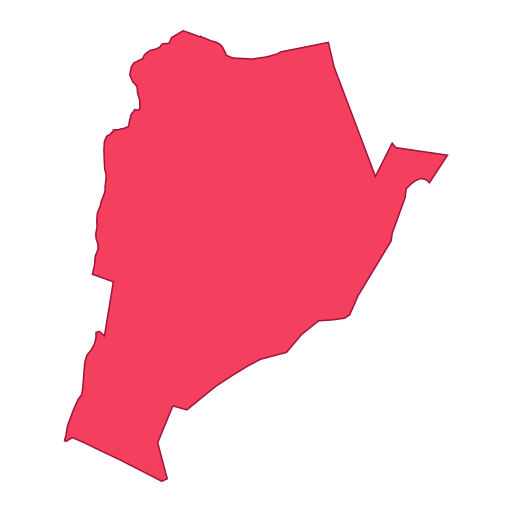 outline of Santa Catarina Quiané, Oaxaca, Mexico
{"feature_id": "50627088B32470914546985", "entity_name": "Santa Catarina Quiané", "entity_type": "district", "adm_level": 2, "iso_a3": "MEX", "parent_name": "Mexico", "parent_adm1": "Oaxaca", "projection": "equal_earth", "projection_center": [-96.743, 16.88], "detail": "fine", "context": "isolated", "style": "filled", "palette": "rose", "viewbox_px": 512, "rotation_deg": 0, "n_neighbors": 0, "source": "geoboundaries", "source_scale": "gbopen_adm2", "svg_char_len": 2948}
<svg xmlns="http://www.w3.org/2000/svg" viewBox="0 0 512 512"><path d="M92.4,274.3L112.2,281.4L113.0,281.5L113.3,281.7L113.3,281.9L104.5,335.8L99.3,331.4L96.0,332.4L96.0,337.5L94.6,343.6L91.1,350.1L87.0,355.1L86.4,356.8L85.5,359.9L85.0,361.9L84.6,363.7L84.5,365.9L84.4,368.3L83.9,371.8L83.9,373.2L82.7,389.0L81.6,394.7L77.9,399.8L77.8,400.2L73.5,409.6L71.6,414.9L71.0,416.4L70.7,417.4L70.3,418.4L69.8,419.5L69.2,421.3L68.4,423.2L68.2,423.8L67.8,425.3L67.3,426.8L67.1,428.2L66.9,429.6L66.7,430.6L66.6,431.5L66.5,432.2L66.2,433.8L66.1,434.9L66.0,435.4L64.7,439.6L64.5,440.6L65.9,441.4L72.4,437.6L75.7,439.0L82.4,441.9L85.2,443.2L85.9,443.6L92.2,446.6L95.2,448.1L104.2,452.4L119.5,459.6L130.0,465.0L138.9,469.5L161.8,481.3L167.3,478.7L165.9,473.8L157.7,442.7L167.4,419.1L168.2,417.1L172.9,405.9L186.9,409.9L200.0,399.1L210.6,390.5L216.3,385.9L234.3,374.2L248.3,365.7L260.7,359.2L286.5,352.4L301.6,334.5L314.3,324.2L318.8,320.8L327.4,320.2L333.5,319.8L338.7,319.0L344.3,318.3L349.6,314.9L353.6,306.0L358.0,295.8L391.1,241.0L392.3,233.0L405.1,197.7L406.2,188.7L410.6,184.4L415.2,180.8L420.4,178.6L424.2,179.1L426.5,179.9L429.4,182.8L447.5,155.2L395.6,147.6L392.2,143.1L375.4,176.4L334.0,66.7L328.4,42.4L280.7,51.9L276.8,54.1L268.1,56.5L267.2,56.8L262.2,57.6L251.6,59.1L249.2,58.9L243.1,58.5L241.5,58.5L238.4,58.3L235.3,58.2L233.6,58.1L232.3,57.8L230.8,57.2L228.8,56.3L227.1,55.7L226.4,55.3L225.9,54.4L225.1,52.2L224.3,50.7L223.5,49.0L222.7,47.5L221.4,45.6L220.2,44.6L218.8,43.5L216.9,42.6L215.3,42.0L213.7,41.4L212.7,41.4L210.7,40.7L208.3,39.7L206.0,38.7L203.3,37.5L201.7,37.3L200.7,36.9L201.2,35.7L200.1,36.9L183.1,30.7L171.5,37.7L169.4,42.6L168.1,43.5L164.9,43.6L164.7,43.5L161.6,44.3L160.3,46.8L159.5,47.1L157.4,48.5L156.6,48.7L155.5,49.1L154.4,49.5L152.5,49.9L151.0,50.2L149.6,50.7L146.7,52.8L144.4,54.9L142.7,58.6L133.9,62.9L131.4,66.8L129.7,74.8L132.9,82.0L137.0,86.5L137.6,93.2L139.7,100.4L139.9,109.4L139.5,109.4L138.0,109.8L136.3,110.2L134.8,109.5L134.2,110.4L133.7,111.1L132.7,112.6L131.8,113.3L131.4,114.2L131.0,115.0L130.5,115.7L130.4,116.0L130.6,117.2L130.3,118.4L129.8,119.4L129.6,120.7L129.3,121.8L129.1,122.9L129.1,123.7L129.0,124.6L128.6,125.5L128.3,126.4L127.7,127.1L125.7,127.5L124.6,128.1L123.8,128.5L121.6,128.8L120.2,129.1L119.1,129.6L117.1,129.8L113.3,129.9L113.4,131.0L112.8,131.6L111.9,132.3L111.2,133.0L110.7,133.6L110.3,134.2L109.5,135.1L107.6,135.3L107.4,136.0L106.6,136.6L106.1,137.5L105.8,138.3L105.4,139.2L105.0,139.9L104.7,140.7L104.5,141.7L104.3,142.6L104.2,143.3L104.2,144.2L104.2,145.0L104.3,146.0L104.1,146.9L104.0,147.7L103.9,148.6L103.9,149.5L104.0,150.5L103.9,151.5L104.1,153.3L104.1,154.1L104.0,155.1L104.7,169.4L105.8,173.1L106.2,176.1L105.8,181.0L105.1,185.9L105.1,190.3L104.3,193.5L103.0,197.0L101.0,202.1L100.6,204.9L97.3,213.3L96.8,220.9L97.1,226.8L95.7,234.3L96.2,239.1L97.6,243.0L98.0,246.6L97.9,249.7L95.6,255.2L94.8,259.7L94.8,263.6L92.4,274.3Z" fill="#f43f5e" stroke="#9f1239" stroke-width="1.5"/></svg>